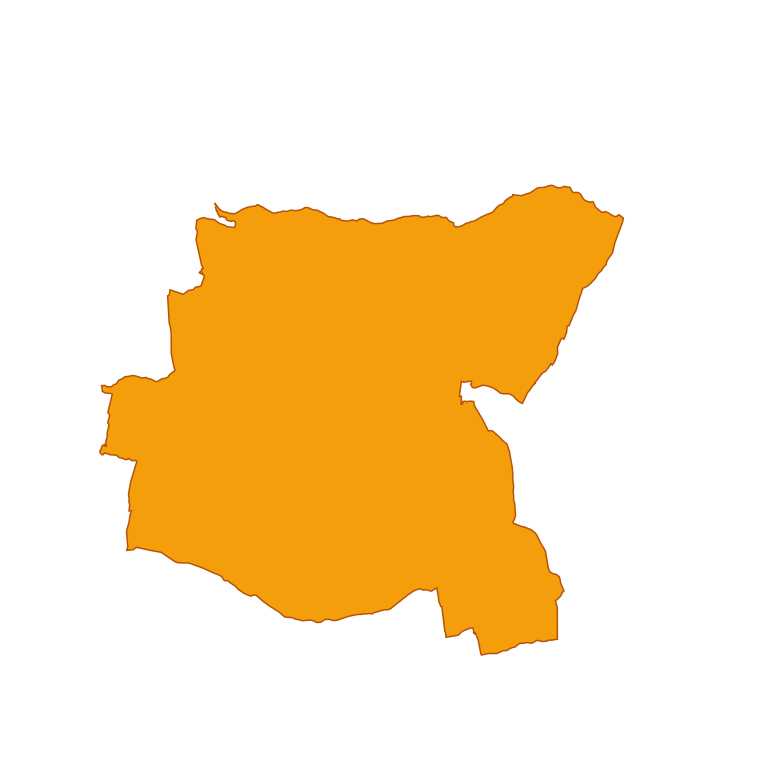 Glavile, Vâlcea, Romania, rotated 293°
{"feature_id": "2599482B20741019236133", "entity_name": "Glavile", "entity_type": "district", "adm_level": 2, "iso_a3": "ROU", "parent_name": "Romania", "parent_adm1": "Vâlcea", "projection": "equal_earth", "projection_center": [24.125, 44.814], "detail": "fine", "context": "isolated", "style": "filled", "palette": "amber", "viewbox_px": 768, "rotation_deg": 293, "n_neighbors": 0, "source": "geoboundaries", "source_scale": "gbopen_adm2", "svg_char_len": 6171}
<svg xmlns="http://www.w3.org/2000/svg" viewBox="0 0 768 768"><g transform="rotate(293 384 384)"><path d="M264.0,630.4L269.7,624.5L273.9,621.7L275.1,620.5L276.0,616.9L275.4,612.3L276.3,609.6L278.7,607.2L293.4,597.8L299.1,589.9L304.6,583.7L306.0,581.4L307.5,575.2L307.2,574.0L307.3,569.2L306.7,567.6L306.3,557.6L306.8,556.7L311.6,556.9L314.5,556.4L324.8,551.1L328.9,548.1L330.8,547.5L335.6,544.9L340.6,543.3L345.2,540.4L351.6,537.7L357.7,534.4L370.8,525.9L375.8,521.5L377.0,520.2L378.0,516.2L380.4,510.6L383.0,502.8L383.1,501.3L381.6,498.3L389.5,489.1L399.7,475.3L403.0,473.5L401.9,470.1L400.2,467.0L399.7,465.1L398.8,463.5L396.4,464.1L395.6,462.8L403.0,460.1L401.9,458.3L416.6,454.2L416.9,457.1L419.9,461.7L420.6,463.3L420.0,464.0L417.8,463.9L417.2,464.4L415.6,466.3L415.4,468.0L416.6,470.2L421.3,475.1L422.5,478.9L423.0,485.3L422.5,489.3L421.1,494.8L421.7,498.1L423.2,501.1L423.9,503.2L423.7,505.7L423.6,507.4L421.7,511.3L420.7,514.3L420.1,519.0L432.5,519.5L433.5,520.1L441.4,521.8L443.5,522.9L443.7,522.4L454.1,525.0L456.9,526.1L458.4,527.5L463.1,528.9L467.8,529.7L467.8,530.5L467.1,531.4L470.7,532.4L479.7,532.1L485.3,529.4L486.4,529.3L494.6,529.4L495.8,530.6L495.9,531.4L495.5,532.0L497.0,532.1L503.0,531.9L508.7,530.0L510.0,531.6L521.5,531.4L527.0,532.0L537.1,530.6L549.7,529.6L552.6,532.3L556.7,534.7L563.8,537.3L568.9,537.9L573.4,539.9L577.4,540.5L580.3,541.8L584.5,541.1L594.1,543.1L604.5,541.3L625.6,540.4L630.2,539.6L631.7,534.2L629.5,532.8L628.2,530.9L628.6,526.3L629.2,523.7L629.3,520.6L628.0,519.2L627.1,517.1L629.6,509.2L633.4,505.5L633.3,504.6L632.4,503.4L631.5,501.0L631.6,497.4L632.2,495.1L634.3,492.7L635.7,490.3L636.0,488.1L635.8,486.8L634.5,484.2L634.4,482.5L635.6,480.7L637.3,479.0L637.7,477.9L636.6,475.0L636.6,473.0L633.9,470.3L632.4,467.0L632.6,462.1L632.4,460.5L629.9,457.1L628.1,455.4L624.7,448.9L616.7,443.5L614.7,440.8L611.1,437.1L608.5,428.5L607.6,428.9L606.8,428.7L605.3,427.1L600.4,424.1L596.4,423.2L593.8,420.4L590.7,418.8L584.3,416.8L580.4,412.6L575.4,408.0L569.4,403.6L567.2,400.3L565.2,398.7L564.2,396.9L560.6,394.4L557.7,391.1L556.8,388.7L556.7,387.3L557.5,386.1L559.4,385.1L559.6,383.8L559.4,381.4L560.3,378.6L561.7,376.0L560.7,374.3L559.9,371.6L560.6,368.3L559.8,366.6L556.1,361.3L555.7,358.8L553.5,356.3L552.2,353.5L552.1,352.6L552.6,350.8L552.5,350.3L550.7,345.8L547.8,341.0L546.4,337.8L542.3,332.6L538.5,328.7L535.0,322.8L531.1,319.4L527.9,312.6L527.4,308.9L528.0,301.5L527.6,299.2L525.6,296.3L523.4,295.2L522.7,290.8L519.5,286.4L518.6,282.6L517.8,280.6L518.1,279.6L518.9,278.5L517.6,276.6L517.9,275.6L517.6,272.4L516.3,267.0L517.4,262.4L517.8,259.0L517.6,257.4L518.0,255.4L516.6,250.3L516.5,248.8L516.8,246.9L516.3,243.9L515.6,242.4L512.4,240.0L510.5,237.5L508.7,234.1L508.2,231.6L507.2,229.6L505.6,228.2L504.3,225.7L503.9,223.9L503.3,222.9L501.6,221.3L500.8,219.6L498.2,216.0L497.9,213.9L498.4,211.7L498.6,207.5L499.5,203.0L499.3,200.5L499.8,198.7L499.6,197.4L497.4,196.1L495.9,193.0L492.8,188.7L489.9,185.9L482.2,180.0L481.9,179.5L481.7,177.4L480.6,175.4L480.7,172.3L479.9,170.2L479.9,167.0L480.9,163.6L484.2,158.0L483.7,157.7L482.4,160.2L480.7,159.8L479.5,161.1L478.1,161.8L477.9,162.2L478.1,162.8L477.5,163.1L477.5,163.5L476.9,163.5L475.1,165.5L475.0,166.2L473.5,167.4L474.1,168.6L475.1,169.2L474.9,171.5L475.5,172.8L475.2,173.6L473.8,174.3L473.5,176.0L473.7,179.0L474.0,179.7L475.2,180.7L475.3,183.6L474.9,184.1L472.5,185.1L469.7,185.3L467.6,178.7L467.9,174.9L467.5,170.0L468.9,163.9L468.7,162.5L467.4,158.4L466.7,153.0L464.5,150.2L461.6,147.6L453.4,150.2L451.5,152.6L450.5,153.0L443.5,154.5L422.1,169.7L419.8,172.4L418.6,171.1L417.3,172.0L415.8,170.8L414.7,170.6L414.9,171.1L414.1,171.1L414.1,173.4L415.1,173.3L413.8,174.9L413.3,176.6L402.4,177.2L399.3,172.5L397.2,172.0L396.1,171.2L393.7,167.4L388.1,164.2L387.1,150.3L382.0,151.5L380.6,150.4L355.9,162.6L353.4,164.8L347.9,168.1L328.7,176.4L318.5,183.4L314.9,186.3L309.1,183.1L305.7,182.3L304.7,181.4L301.5,177.0L297.9,174.6L297.0,172.9L297.5,167.9L296.7,164.5L297.2,162.6L294.9,159.0L294.4,152.4L293.5,148.9L292.0,147.1L289.4,142.7L286.1,140.6L284.0,138.4L279.5,137.5L277.6,135.3L275.7,134.7L274.7,133.6L273.2,129.9L273.6,127.3L273.0,126.5L272.5,125.0L271.8,124.6L271.0,125.5L267.1,127.7L266.8,130.3L267.1,131.9L268.6,136.5L268.7,137.8L250.0,140.9L248.0,143.7L240.2,144.9L239.3,146.4L237.4,147.2L231.2,148.2L226.9,150.0L223.5,150.2L219.9,151.0L219.7,152.3L218.0,152.5L217.9,150.7L219.2,150.5L217.4,148.9L216.1,148.7L213.0,149.2L212.0,148.5L210.6,149.0L209.4,150.1L208.7,152.1L209.3,153.2L211.2,153.6L211.7,155.9L211.8,159.3L213.9,165.5L212.8,168.9L213.4,172.0L213.4,175.5L214.1,177.0L215.6,178.1L215.0,182.2L216.2,184.2L216.5,186.7L195.1,189.0L182.5,191.9L179.4,193.9L175.7,195.4L173.6,197.0L167.5,199.0L168.2,199.6L168.7,201.2L163.7,201.5L157.6,203.2L147.8,204.5L134.1,211.7L130.3,212.2L133.3,217.7L137.0,220.2L139.8,235.0L142.0,244.7L138.8,260.6L139.0,264.3L142.6,273.4L143.0,274.9L143.8,288.1L143.5,301.3L143.7,307.3L143.1,310.2L140.7,313.6L141.9,317.9L141.0,319.7L139.7,326.5L138.2,329.4L136.6,336.8L136.6,344.1L139.2,347.1L139.6,348.8L136.4,358.6L134.8,366.1L133.0,377.0L130.7,383.8L132.8,389.8L133.1,391.7L132.9,393.4L134.3,401.6L137.6,407.9L138.4,410.1L138.2,415.5L139.9,418.8L144.4,421.8L145.0,423.8L146.2,425.9L146.1,428.6L147.6,432.4L155.7,441.5L159.2,446.2L161.8,450.3L163.6,454.2L164.6,455.2L165.6,457.8L167.2,460.4L167.6,462.8L169.5,464.2L175.2,471.1L176.3,472.7L178.2,476.5L179.7,477.8L199.3,488.4L205.6,492.6L209.4,496.7L209.7,500.7L211.3,504.0L211.5,507.3L212.0,508.7L216.9,512.2L209.7,517.0L205.5,519.2L201.3,523.4L201.7,524.2L180.4,536.5L178.7,538.1L175.1,540.0L181.5,550.1L182.6,550.9L185.9,552.2L187.6,553.4L192.5,558.1L194.2,561.2L191.9,562.9L189.7,563.8L189.5,564.7L190.5,564.8L190.8,565.0L190.5,565.4L184.9,570.9L174.0,578.2L172.7,579.3L172.7,579.8L176.8,585.5L179.8,592.9L185.2,598.1L186.6,601.2L190.1,603.7L192.2,605.9L193.4,607.7L196.9,609.3L198.8,611.0L199.4,613.0L202.0,616.8L202.9,620.7L203.6,621.8L207.6,624.9L208.1,625.8L208.8,630.5L210.8,634.1L212.9,636.3L213.8,638.7L215.7,641.3L216.7,643.4L245.6,631.0L251.7,626.4L253.2,627.6L257.3,629.3L260.3,629.7L261.1,629.4L264.0,630.4Z" fill="#f59e0b" stroke="#b45309" stroke-width="1.5"/></g></svg>